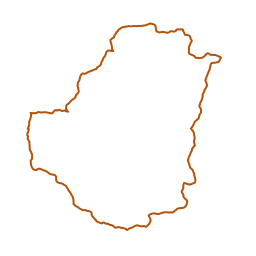 outline of Asuncion, Áncash, Peru, rotated 263°
{"feature_id": "86281439B44243657118562", "entity_name": "Asuncion", "entity_type": "district", "adm_level": 2, "iso_a3": "PER", "parent_name": "Peru", "parent_adm1": "Áncash", "projection": "mercator", "projection_center": [-77.399, -9.19], "detail": "fine", "context": "isolated", "style": "outline", "palette": "amber", "viewbox_px": 256, "rotation_deg": 263, "n_neighbors": 0, "source": "geoboundaries", "source_scale": "gbopen_adm2", "svg_char_len": 5768}
<svg xmlns="http://www.w3.org/2000/svg" viewBox="0 0 256 256"><g transform="rotate(263 128 128)"><path d="M154.7,33.3L153.2,33.5L151.6,33.3L150.0,32.5L148.4,32.0L146.0,30.6L143.9,30.4L141.8,29.8L141.2,29.5L139.8,28.5L139.5,28.5L139.1,29.3L138.9,29.4L137.8,29.0L137.1,29.0L136.6,28.7L135.6,27.9L134.3,27.3L133.6,27.2L132.9,27.2L132.2,27.8L131.9,27.9L130.6,27.3L130.1,27.2L128.7,27.4L128.2,27.7L127.1,28.0L126.2,28.5L125.3,28.4L124.8,28.2L123.2,28.2L118.7,27.9L116.3,28.8L114.9,29.1L114.4,29.3L112.5,29.6L112.1,29.5L111.1,29.2L110.0,29.1L109.0,28.8L108.7,28.7L107.9,27.8L107.2,27.4L106.3,27.3L103.1,27.3L101.3,27.7L100.4,28.0L98.5,29.0L97.6,30.5L97.5,30.9L97.5,31.4L97.7,32.3L98.2,33.4L98.5,34.3L98.3,35.7L97.2,37.4L96.5,38.8L96.3,39.2L95.0,41.5L93.6,43.3L92.7,44.0L91.9,44.9L91.6,45.4L91.1,47.2L90.8,47.8L90.5,49.1L90.1,49.7L89.2,50.3L88.4,50.7L85.9,50.4L84.4,50.4L83.9,50.6L82.6,51.6L82.2,52.3L81.2,54.9L80.6,56.3L79.4,57.6L78.3,59.1L77.3,59.9L73.7,61.2L70.5,63.0L66.4,64.7L65.1,65.0L62.2,65.1L60.1,64.8L59.0,64.8L58.9,65.0L58.3,65.6L57.4,66.1L56.6,66.8L56.1,68.0L55.4,68.8L54.2,69.8L53.7,70.7L52.2,72.7L51.9,73.9L51.8,75.1L51.5,76.1L50.7,77.3L50.2,79.3L49.6,80.5L48.5,81.3L47.7,81.5L47.1,81.5L46.0,81.4L45.1,81.6L44.6,81.9L43.0,83.1L42.4,83.4L41.6,83.9L40.8,84.7L40.3,85.1L39.4,85.3L39.0,85.7L37.9,87.4L37.0,89.2L36.5,90.3L36.7,91.0L37.2,91.7L37.2,92.5L36.7,93.2L36.2,93.6L35.9,94.1L35.6,94.8L35.5,95.6L35.6,96.0L34.0,98.3L33.8,98.8L33.7,99.6L33.2,100.7L32.9,101.2L31.6,102.2L30.7,103.2L30.5,103.5L30.8,106.1L30.8,106.9L30.6,107.4L29.7,109.2L29.5,110.0L28.5,112.9L28.1,113.6L27.0,114.4L26.9,114.7L26.9,114.9L27.2,115.4L28.0,116.8L28.3,117.7L28.4,119.0L29.2,121.1L29.8,122.6L30.2,124.3L30.3,125.1L29.8,126.5L29.0,128.3L28.7,129.8L28.7,131.4L28.6,132.3L28.0,133.0L27.8,133.7L27.8,134.1L28.1,134.7L30.4,137.5L32.7,139.0L33.6,139.2L35.4,138.9L37.0,138.4L38.0,138.0L38.8,138.0L39.1,138.4L39.6,139.5L40.1,141.7L40.2,143.0L39.8,144.6L39.3,145.8L38.9,147.3L39.0,148.6L39.5,150.7L39.9,153.9L39.7,155.6L39.1,158.7L38.8,162.3L39.9,164.0L40.7,165.5L41.8,167.0L42.1,167.9L42.1,170.3L42.0,172.5L42.4,174.4L43.8,176.2L46.9,177.7L48.2,177.7L49.2,177.6L50.8,176.1L52.6,174.8L53.4,174.6L54.4,174.9L54.9,174.9L56.5,174.1L57.3,173.6L58.3,173.5L59.1,173.9L61.3,175.5L62.3,175.7L64.3,175.9L64.9,176.1L66.5,176.9L66.5,177.2L66.0,178.7L65.0,180.3L64.3,182.8L64.5,183.7L64.8,184.5L65.1,185.9L65.5,187.2L65.8,187.7L66.2,188.0L67.5,188.4L68.6,188.6L69.5,188.6L70.9,188.4L72.9,187.9L74.5,188.2L75.7,187.7L77.0,187.4L78.8,186.8L79.7,186.1L80.2,185.5L81.6,184.8L84.4,184.4L88.4,183.5L91.0,184.5L92.2,185.1L93.8,186.3L95.3,186.9L97.5,188.4L98.4,188.8L99.1,188.9L100.0,189.6L100.9,190.5L101.7,191.2L102.4,192.2L103.6,192.1L105.6,191.7L107.3,192.0L109.0,192.7L110.5,193.0L111.3,193.0L112.7,192.8L114.8,192.8L116.9,192.2L119.7,190.4L121.7,192.2L123.2,193.4L125.4,194.6L126.1,195.1L127.5,197.0L128.8,199.1L130.0,199.8L131.5,200.2L132.2,200.5L132.9,200.9L133.7,201.8L134.6,202.3L136.3,202.7L137.5,202.7L138.4,202.5L140.0,201.7L141.2,201.5L141.9,201.7L142.7,202.4L143.3,202.4L144.8,203.2L147.4,204.9L148.5,205.3L149.2,205.5L150.4,206.1L150.7,206.2L152.0,206.1L152.3,206.2L154.9,208.1L155.3,208.3L155.9,208.3L156.6,208.8L158.3,210.2L159.8,211.2L160.7,211.6L162.2,211.5L163.8,211.2L165.6,210.5L166.0,210.6L167.0,211.2L169.4,212.3L170.5,213.0L171.4,213.4L173.5,214.5L175.6,215.9L179.9,217.4L181.7,218.2L182.3,219.4L182.2,221.8L182.4,225.2L182.8,226.1L183.4,226.8L185.5,228.1L186.6,228.8L186.8,228.7L188.0,226.9L189.2,224.7L189.8,223.8L190.4,219.8L190.6,218.9L190.9,218.3L191.9,217.4L192.3,216.7L192.4,215.9L192.3,215.4L191.6,214.5L191.0,214.0L189.8,212.3L189.3,211.5L188.8,210.3L188.6,208.3L188.7,207.4L188.8,206.4L189.1,205.7L189.3,204.5L189.5,203.6L189.7,203.4L191.3,202.6L191.8,202.0L193.7,198.6L194.2,198.0L195.1,197.6L195.7,197.6L196.7,197.9L200.2,198.2L202.3,199.0L203.3,199.8L204.1,200.1L205.7,201.1L206.4,201.8L207.0,202.0L209.0,201.0L210.3,200.9L211.7,200.4L212.4,199.7L212.8,199.0L213.6,196.5L213.6,195.9L216.0,195.3L217.2,194.6L218.9,194.5L219.2,194.2L219.4,192.0L219.9,188.8L219.6,188.2L219.1,187.6L218.3,187.0L218.1,185.0L218.8,182.8L218.8,181.7L217.9,180.4L217.7,178.7L219.0,174.8L219.3,173.0L219.1,172.2L219.0,170.9L220.4,168.2L221.1,167.8L222.4,167.9L223.7,167.8L225.6,167.7L226.6,167.5L227.4,166.8L228.6,164.0L229.1,162.5L228.2,160.1L228.1,159.0L227.7,157.5L227.8,156.0L227.7,154.8L227.7,153.2L228.1,150.1L227.9,149.6L228.6,145.7L228.4,144.3L228.6,142.9L229.1,141.1L228.9,140.2L228.9,137.9L228.6,136.6L228.7,134.9L228.5,134.2L227.8,133.0L227.4,132.0L226.6,130.5L225.6,129.9L225.0,129.3L224.4,128.1L223.6,127.8L221.2,125.6L219.6,125.0L219.3,124.6L219.3,124.1L219.1,123.5L217.5,121.3L215.6,121.2L214.1,121.6L209.7,122.0L208.1,121.7L206.7,122.6L206.3,122.7L206.3,121.8L207.0,119.4L207.2,118.5L207.2,117.3L206.3,116.0L203.5,114.6L202.4,114.1L201.2,112.8L199.8,111.7L198.6,111.2L196.4,109.5L195.7,109.3L194.7,109.1L193.2,107.5L192.8,106.8L191.8,104.7L191.5,104.4L190.6,104.0L190.2,102.5L190.0,101.1L189.5,99.9L188.5,95.5L186.9,91.6L187.7,89.7L187.5,89.2L186.5,87.8L184.3,86.6L181.6,85.7L180.8,85.3L180.1,84.5L179.2,83.9L177.8,83.4L175.7,83.1L174.6,83.2L173.7,83.6L172.9,83.4L171.8,83.4L170.5,83.6L169.7,83.4L168.9,82.8L168.4,82.2L168.1,81.5L167.4,80.8L165.8,79.9L164.8,79.6L163.1,76.8L162.5,75.5L159.6,72.3L158.5,70.0L157.6,69.5L154.5,68.9L151.7,70.2L151.8,69.5L152.2,69.1L152.2,68.4L152.3,68.2L152.9,67.7L153.2,66.3L152.9,65.4L152.8,64.9L152.9,64.6L153.1,64.2L154.1,62.8L154.3,62.1L154.3,61.5L154.1,60.6L154.0,59.5L154.1,59.2L154.6,58.6L154.5,57.9L154.0,56.9L153.6,56.3L152.5,55.6L152.1,54.8L151.8,54.0L151.9,53.3L152.5,51.9L153.6,48.4L154.0,45.7L153.8,44.3L154.7,41.5L154.7,40.4L154.1,38.9L153.9,37.7L154.3,36.4L154.3,34.8L154.7,33.3Z" fill="none" stroke="#b45309" stroke-width="2"/></g></svg>